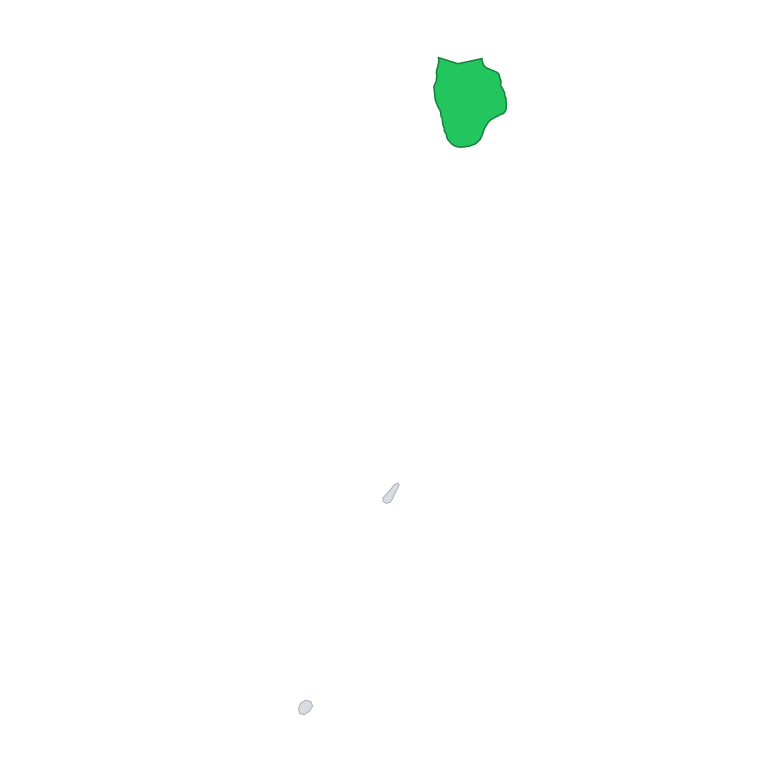 location of South Miladhunmadulu, Maldives, rotated 17°
{"feature_id": "70690204B143324726132", "entity_name": "South Miladhunmadulu", "entity_type": "district", "adm_level": 2, "iso_a3": "MDV", "parent_name": "Maldives", "parent_adm1": "", "projection": "natural_earth1", "projection_center": [73.322, 5.821], "detail": "fine", "context": "in_parent", "style": "filled", "palette": "green", "viewbox_px": 768, "rotation_deg": 17, "n_neighbors": 0, "source": "geoboundaries", "source_scale": "gbopen_adm2", "svg_char_len": 4162}
<svg xmlns="http://www.w3.org/2000/svg" viewBox="0 0 768 768"><g transform="rotate(17 384 384)"><path d="M424.6,495.2L420.9,497.5L417.5,496.5L416.3,493.7L418.0,489.4L420.9,483.9L422.9,478.0L425.8,474.8L428.0,475.9L427.7,479.2L426.7,483.8L426.0,489.7L424.6,495.2ZM404.4,723.5L399.9,723.9L397.1,719.7L397.7,713.6L401.2,709.4L406.8,709.1L409.9,712.9L408.3,718.8L404.4,723.5Z" fill="#d9dde1" stroke="#a8b0b8" stroke-width="1"/><path d="M340.0,55.9L340.2,56.0L340.5,56.2L340.7,56.3L340.9,56.6L341.1,56.9L341.3,57.2L341.4,57.6L341.5,58.2L341.8,58.6L341.9,59.1L342.1,59.5L342.2,60.1L342.2,60.6L342.2,61.1L342.3,61.9L342.3,62.7L342.5,63.4L342.5,64.1L342.6,65.2L342.7,65.7L342.6,66.8L342.6,67.3L342.6,67.9L342.7,68.5L342.7,69.1L342.8,69.7L342.9,70.3L343.1,71.0L343.2,71.6L343.5,72.1L343.7,72.5L344.0,73.0L344.4,73.7L344.7,75.3L344.8,76.4L345.0,76.9L345.2,77.8L345.4,79.0L345.3,80.3L345.2,81.0L345.1,81.7L345.0,82.6L344.8,83.7L344.7,84.7L345.0,85.8L345.5,87.0L345.9,87.8L346.3,88.8L346.7,89.6L347.2,90.9L347.6,91.9L348.0,92.7L348.3,93.4L348.8,94.7L349.1,95.7L349.6,96.4L350.0,97.0L350.4,97.8L351.0,98.8L351.5,99.5L351.9,100.0L352.6,100.7L353.3,101.5L353.8,102.2L354.4,102.9L355.0,103.6L355.7,104.1L356.3,104.7L357.0,105.3L357.5,105.9L357.8,106.3L358.3,107.1L358.7,107.6L359.0,108.2L359.1,108.6L359.4,109.1L359.7,109.9L360.0,110.8L360.4,111.3L360.8,112.0L361.1,112.1L361.5,112.4L361.9,112.8L362.2,113.3L362.6,114.1L362.8,114.5L363.0,115.6L363.3,116.4L363.6,116.7L363.8,117.2L364.0,117.6L364.3,118.4L364.8,119.3L365.2,119.9L365.6,120.3L366.0,120.9L366.6,121.3L366.9,122.0L367.2,122.8L367.5,123.7L367.7,124.2L368.1,124.8L368.6,125.4L369.1,125.6L369.7,126.0L370.3,126.7L370.7,127.2L371.1,127.9L371.4,128.6L371.6,129.1L371.8,129.5L372.4,130.3L373.0,131.0L373.4,131.5L373.9,131.9L374.7,132.1L375.1,132.4L375.5,132.8L376.3,133.2L376.6,133.3L377.1,133.7L377.5,134.0L378.1,134.4L378.7,134.7L379.2,134.8L379.7,135.0L380.4,135.3L380.9,135.4L381.3,135.5L381.9,135.5L382.6,135.7L383.6,135.7L384.3,135.7L385.2,135.7L386.0,135.6L386.7,135.4L387.3,135.2L387.9,135.1L388.9,134.7L389.6,134.5L390.4,134.1L391.4,133.8L392.0,133.6L392.8,133.0L393.2,132.8L393.9,132.6L394.6,132.3L395.2,132.1L395.7,131.8L396.4,131.4L396.9,131.1L397.4,130.4L398.2,129.9L398.8,129.4L399.5,128.9L399.9,128.6L400.6,128.2L401.0,127.8L401.4,127.3L401.8,126.9L402.2,126.2L402.5,125.6L403.1,124.4L403.5,123.7L404.0,123.1L404.3,122.3L404.5,121.6L404.6,120.9L404.8,120.0L404.9,119.3L405.1,118.6L405.1,118.1L405.1,117.6L405.1,116.8L405.2,116.0L405.2,115.4L405.2,114.7L405.2,113.9L405.2,112.8L405.2,112.0L405.3,111.7L405.3,111.1L405.5,110.1L405.7,108.9L405.9,107.9L406.0,107.1L406.2,106.6L406.6,105.5L406.9,104.1L407.1,103.4L407.4,102.7L407.7,102.1L408.2,101.2L408.6,100.6L409.1,99.9L409.5,99.3L410.1,98.8L410.9,98.1L411.4,97.5L412.0,96.8L412.5,96.2L412.9,95.9L413.5,95.3L414.1,94.9L414.6,94.6L414.8,94.3L415.1,93.8L415.5,93.2L415.8,92.8L416.3,92.4L416.6,92.3L417.3,91.7L417.8,91.4L418.4,91.0L418.9,90.6L419.1,90.3L419.4,89.9L419.5,89.6L419.9,88.4L420.0,88.4L420.1,88.0L420.2,87.7L420.3,87.3L420.4,86.6L420.4,86.0L420.3,85.5L420.2,84.8L420.1,84.0L419.9,83.2L419.7,82.5L419.5,81.5L419.4,80.9L419.1,80.1L418.6,79.3L418.4,78.7L418.0,78.3L417.8,77.7L417.6,77.0L417.5,76.1L417.2,75.3L416.9,74.7L416.5,74.4L416.1,74.0L415.6,73.5L415.2,73.0L415.0,72.5L414.7,71.6L414.5,70.9L414.1,70.2L413.7,69.7L413.2,69.2L412.6,68.6L412.4,68.5L412.0,67.9L411.7,67.6L411.1,66.9L410.7,66.4L410.0,65.9L409.6,65.6L409.0,65.2L408.6,65.0L408.2,64.3L408.0,63.8L407.9,63.1L407.9,62.6L407.7,61.8L407.7,61.2L407.5,60.7L407.1,59.7L406.7,59.2L406.4,58.7L405.9,58.3L405.5,57.7L405.2,57.0L404.8,56.4L404.5,56.0L404.1,55.3L403.7,54.8L403.1,54.0L402.5,53.6L401.9,53.4L401.5,53.3L401.0,53.0L400.5,52.8L399.7,52.8L398.9,52.6L398.5,52.5L397.7,52.5L397.2,52.4L396.7,52.4L396.0,52.4L395.1,52.3L394.3,52.2L393.6,52.1L392.6,52.0L392.1,52.0L391.4,52.0L390.6,51.8L390.0,51.7L389.2,51.5L388.5,51.3L387.7,51.1L387.2,50.7L386.6,50.3L386.3,50.1L385.7,49.5L385.5,49.3L385.2,48.9L384.8,48.5L384.6,48.1L384.2,47.6L383.8,47.0L383.4,46.5L383.2,46.0L383.0,45.4L382.9,45.0L382.8,44.7L382.6,44.1L361.1,56.1L340.0,55.9Z" fill="#22c55e" stroke="#15803d" stroke-width="1.5"/></g></svg>